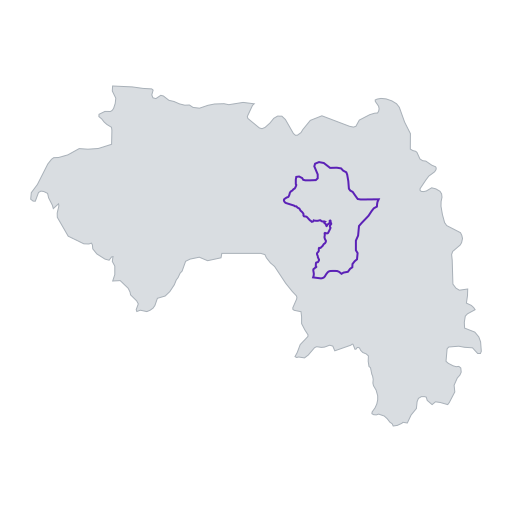 location of Kouroussa within Guinea
{"feature_id": "GIN-5647", "entity_name": "Kouroussa", "entity_type": "Prefecture", "adm_level": 1, "iso_a3": "GIN", "parent_name": "Guinea", "parent_adm1": "", "projection": "orthographic", "projection_center": [-10.311, 10.531], "detail": "fine", "context": "in_parent", "style": "outline", "palette": "violet", "viewbox_px": 512, "rotation_deg": 0, "n_neighbors": 0, "source": "natural_earth", "source_scale": "10m", "svg_char_len": 6969}
<svg xmlns="http://www.w3.org/2000/svg" viewBox="0 0 512 512"><path d="M321.4,347.4L316.7,346.7L314.6,347.6L308.3,355.0L304.5,357.9L298.7,357.0L296.6,357.5L295.0,356.6L297.2,352.6L300.2,344.6L307.9,336.5L308.0,334.8L304.9,330.0L301.6,323.6L301.6,316.7L301.0,311.7L294.2,310.3L292.9,309.4L292.8,307.8L296.6,299.1L296.9,297.4L296.4,295.8L292.2,291.4L285.7,283.3L274.6,266.5L270.4,262.9L266.4,257.8L264.9,254.6L260.8,253.4L221.8,253.4L221.0,257.8L207.6,260.7L199.3,257.2L190.1,259.1L185.6,261.3L182.1,271.1L180.1,273.2L178.1,277.5L176.3,279.9L174.3,284.8L169.8,291.6L165.2,296.0L157.4,298.3L154.9,305.5L153.0,308.2L150.0,310.3L146.8,311.6L140.4,310.2L136.8,311.5L136.2,309.6L138.3,303.9L136.7,300.9L130.6,294.9L130.0,292.0L128.2,288.3L120.2,280.6L112.7,281.0L114.8,274.6L114.8,266.1L112.3,261.4L113.0,256.6L111.6,256.9L109.1,260.2L105.0,259.1L96.8,253.9L92.8,248.9L92.4,244.8L91.4,243.1L88.9,244.0L83.8,243.8L68.2,236.2L57.3,217.3L57.2,213.1L58.9,205.8L58.5,203.8L53.3,208.6L52.4,205.3L48.6,197.8L47.6,193.4L43.8,191.5L40.9,191.1L38.5,192.5L35.3,201.2L33.1,201.1L30.7,199.2L31.3,192.7L37.4,184.5L47.8,164.0L51.5,159.3L53.7,157.7L58.5,157.5L67.8,154.9L79.2,148.6L87.9,149.2L98.2,148.5L111.6,144.3L111.9,130.3L111.5,127.3L106.8,124.4L104.1,122.0L101.7,118.9L98.9,116.6L99.0,114.3L105.0,111.4L110.4,111.5L112.2,110.4L113.6,108.4L115.2,103.5L115.8,98.2L112.3,91.0L112.6,86.0L132.2,86.9L142.9,88.4L151.7,88.9L153.1,90.1L151.8,94.9L152.9,97.8L155.9,98.6L160.8,95.3L163.4,96.0L168.9,100.3L174.0,101.5L179.5,103.9L184.8,105.2L189.4,105.0L193.0,107.4L199.5,108.2L208.0,105.3L214.6,104.0L224.0,103.7L228.8,104.7L243.1,102.4L254.2,103.8L252.5,105.4L247.3,116.5L247.9,118.5L259.3,127.9L262.0,128.7L265.1,127.4L270.0,123.0L273.8,118.3L277.6,116.1L281.9,116.2L285.4,119.5L293.4,133.5L295.5,135.3L297.4,135.2L301.0,132.6L302.8,129.6L310.3,120.4L321.9,115.8L349.5,126.3L353.5,127.1L355.9,126.3L359.3,120.1L369.7,114.7L374.7,113.2L377.5,113.0L378.6,111.3L379.1,108.8L378.6,106.2L375.3,101.4L375.2,100.0L377.1,99.1L381.0,98.4L386.1,98.9L391.9,100.9L396.6,103.8L399.3,107.3L404.6,122.1L410.4,133.6L410.3,149.1L412.9,150.6L415.7,151.3L417.0,152.5L419.9,158.9L422.6,160.7L425.8,161.1L431.8,165.2L435.6,166.8L436.2,168.0L436.0,169.7L434.6,171.8L428.8,176.1L426.0,179.8L420.1,188.6L420.0,190.3L421.2,191.4L423.7,191.6L426.3,191.0L431.7,187.8L435.9,188.9L440.0,191.3L441.6,193.9L442.0,197.2L441.1,201.5L441.0,206.3L442.4,214.5L444.6,222.6L446.7,225.6L460.5,232.7L461.8,235.4L462.5,238.5L461.6,242.6L460.2,245.0L452.7,251.4L451.6,254.5L452.2,260.1L452.9,284.1L455.9,288.1L459.4,290.2L467.7,289.0L467.5,295.6L466.4,303.1L471.3,305.4L473.7,307.6L475.1,309.7L467.5,313.8L465.3,316.1L464.3,322.3L464.6,328.1L474.8,332.1L478.8,336.9L480.6,341.9L481.3,351.3L480.4,353.5L477.7,353.5L472.5,347.8L464.6,347.3L458.7,346.2L448.8,347.0L447.1,348.8L446.0,361.3L448.4,363.4L453.1,365.8L456.2,366.7L458.8,366.4L460.8,368.0L461.2,372.1L459.9,375.1L457.3,378.0L454.1,385.2L454.8,391.9L449.3,402.5L447.7,404.6L440.3,402.5L435.5,401.8L432.1,404.6L427.2,400.4L426.3,397.2L424.6,396.6L421.4,396.6L418.4,398.4L417.1,401.7L416.4,408.5L411.1,415.0L407.3,423.0L402.9,422.3L401.9,423.3L397.3,425.4L393.2,426.0L392.2,423.8L389.8,422.1L387.2,418.7L384.2,416.0L378.6,414.1L376.3,414.9L373.7,414.7L371.9,413.7L372.1,412.0L375.1,407.8L376.8,404.0L377.7,399.8L377.7,395.8L376.1,390.1L373.5,385.7L372.9,383.1L373.2,379.4L372.6,376.0L371.8,374.2L370.5,367.7L369.0,366.5L368.2,361.3L368.4,355.9L366.2,353.9L362.8,352.5L360.7,350.4L359.5,348.0L358.2,347.4L357.2,347.5L356.2,349.0L355.0,349.3L353.0,344.3L352.2,344.1L350.8,345.2L334.8,350.8L332.8,346.1L329.7,345.2L324.5,347.1L321.4,347.4Z" fill="#d9dde1" stroke="#a8b0b8" stroke-width="1"/><path d="M341.5,273.8L339.2,271.9L337.4,271.1L336.9,271.0L333.6,270.9L330.5,271.0L329.5,271.2L328.8,271.5L328.6,271.6L328.4,271.7L327.6,272.4L326.1,274.3L324.8,276.5L324.1,277.2L323.8,277.5L323.2,277.8L322.1,278.2L321.5,278.3L321.0,278.4L313.1,277.4L313.6,275.9L313.8,274.4L313.8,273.5L313.3,270.5L313.3,269.8L313.4,269.4L313.5,269.1L313.7,268.9L314.0,268.7L314.6,268.4L315.1,267.7L315.3,267.5L316.0,267.3L316.3,267.0L316.3,266.8L316.1,266.6L316.0,266.3L315.8,266.0L315.8,265.5L315.9,263.5L316.0,262.9L316.3,262.5L316.6,262.4L317.4,262.3L317.8,262.2L318.0,262.0L318.8,260.7L319.0,260.2L319.0,259.7L319.0,259.4L318.6,258.9L318.4,258.3L318.1,257.7L317.9,257.4L317.8,256.3L317.7,255.9L317.1,254.6L317.0,253.9L317.0,253.5L317.1,253.3L317.2,253.0L317.5,252.6L318.0,252.1L318.3,251.8L318.7,251.1L318.8,250.6L318.8,250.1L318.8,248.7L318.9,248.2L319.1,247.9L319.4,247.9L320.1,248.0L320.4,247.9L320.6,247.8L320.9,247.6L321.1,247.4L321.3,247.1L321.5,246.9L321.7,246.7L322.4,246.2L323.7,244.2L324.0,243.9L324.5,243.6L324.9,243.3L325.3,242.8L325.8,241.8L325.9,241.3L325.9,240.8L325.8,240.5L325.5,240.0L325.3,239.8L325.0,239.2L324.7,238.2L324.6,237.9L324.5,237.5L324.5,236.8L324.8,235.0L324.7,234.4L324.7,234.0L324.6,233.4L324.7,233.1L325.0,232.9L326.3,233.3L327.1,233.3L327.5,233.3L327.9,233.1L328.3,232.5L330.3,228.5L330.5,227.8L330.4,227.5L330.2,227.3L330.0,227.0L329.9,226.6L329.9,225.9L330.0,225.5L330.3,225.1L330.7,224.7L331.2,224.0L331.2,223.5L331.1,223.2L330.9,222.9L330.8,222.7L330.7,222.4L330.5,220.7L330.2,220.5L329.7,220.8L329.8,221.9L329.6,222.9L329.2,223.3L327.8,224.4L327.3,224.6L327.1,224.8L327.1,225.3L327.0,225.7L326.5,226.0L326.3,225.7L325.9,224.5L325.6,224.0L324.3,222.9L324.2,222.4L325.0,221.7L324.2,221.4L322.5,221.5L321.6,221.2L321.0,220.8L320.6,220.4L320.1,220.2L317.8,220.8L317.3,220.8L316.1,220.8L314.3,220.6L313.7,220.4L313.5,220.9L313.2,221.3L312.8,221.6L312.2,221.7L311.7,221.8L310.9,220.9L310.6,220.7L309.9,220.3L307.1,217.2L306.7,216.9L306.3,216.7L305.9,216.5L304.5,216.4L304.2,216.4L303.9,216.2L303.7,215.9L303.5,215.6L303.4,215.1L303.5,214.5L303.5,214.1L303.3,213.6L302.9,213.0L302.2,212.1L300.6,210.7L300.4,210.4L299.6,209.0L299.4,208.6L299.1,208.4L297.6,207.7L297.3,207.4L296.7,206.7L296.4,206.4L296.0,206.3L295.2,206.3L294.8,206.2L294.5,206.0L294.1,205.6L285.9,203.0L285.1,202.5L284.6,201.9L284.2,201.3L284.0,200.8L283.9,200.2L284.0,199.6L284.3,199.1L285.9,198.0L286.7,197.5L287.3,197.3L288.0,197.1L288.4,196.8L288.8,196.1L289.4,194.7L289.8,193.0L290.0,192.6L290.3,192.1L291.1,191.2L291.3,191.1L291.9,190.8L292.2,190.6L292.6,190.3L293.0,189.7L293.6,189.1L294.2,188.8L294.5,188.7L294.8,188.3L295.3,187.6L296.2,185.4L296.3,184.9L295.8,184.1L295.8,179.6L296.3,176.9L299.1,176.5L302.2,178.1L303.2,179.8L305.2,180.3L310.8,180.3L315.8,180.1L317.7,178.3L317.7,174.4L314.3,166.3L315.1,163.7L319.0,162.1L323.8,163.0L330.1,167.9L336.8,167.7L341.1,168.4L343.1,170.6L346.3,172.3L347.2,174.7L348.3,181.1L348.9,188.7L350.3,190.6L352.7,191.9L354.9,195.1L357.7,199.0L360.8,199.5L378.7,199.3L377.5,201.9L377.1,204.0L376.9,206.6L373.8,208.3L371.6,211.1L368.5,215.8L361.9,222.7L359.0,226.0L358.1,235.6L355.9,240.6L355.9,250.3L357.6,253.1L357.0,259.3L354.7,261.2L352.5,264.0L352.3,267.3L350.1,268.8L347.9,271.8L343.5,272.6L341.5,273.8Z" fill="none" stroke="#5b21b6" stroke-width="2"/></svg>